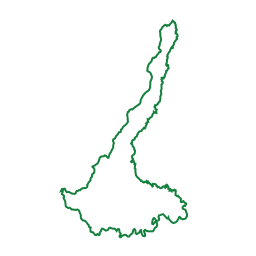 Piamonte, Cauca, Colombia, rotated 3°
{"feature_id": "7082276B2298083414171", "entity_name": "Piamonte", "entity_type": "district", "adm_level": 2, "iso_a3": "COL", "parent_name": "Colombia", "parent_adm1": "Cauca", "projection": "equal_earth", "projection_center": [-76.259, 1.273], "detail": "fine", "context": "isolated", "style": "outline", "palette": "green", "viewbox_px": 256, "rotation_deg": 3, "n_neighbors": 0, "source": "geoboundaries", "source_scale": "gbopen_adm2", "svg_char_len": 5967}
<svg xmlns="http://www.w3.org/2000/svg" viewBox="0 0 256 256"><g transform="rotate(3 128 128)"><path d="M159.6,23.0L157.0,25.5L156.0,27.8L154.9,29.1L154.9,30.4L155.4,31.7L155.3,32.8L155.8,35.7L156.4,37.2L156.4,38.5L155.4,42.0L155.2,44.5L154.5,45.6L154.5,46.3L155.0,47.5L156.7,48.8L156.7,49.6L156.3,50.5L155.1,50.7L154.5,52.0L153.2,53.5L152.1,55.6L151.1,55.9L150.5,56.7L149.4,56.5L148.7,57.1L147.9,60.3L145.4,63.2L144.5,66.1L144.2,69.6L144.5,70.2L146.7,71.1L147.7,72.1L149.3,75.6L148.9,78.1L147.9,80.5L148.0,85.8L147.6,87.4L147.1,88.9L143.5,92.0L141.4,94.7L139.4,98.9L138.9,102.3L138.2,103.5L134.2,106.6L131.3,109.3L130.5,109.0L128.6,109.9L128.4,110.1L128.0,111.7L126.9,112.1L126.7,114.1L126.4,114.9L127.0,117.1L127.6,122.1L125.6,124.9L123.8,126.3L122.9,127.4L122.2,129.2L121.1,130.0L120.9,132.4L119.2,132.7L118.1,134.9L116.4,136.9L115.7,139.0L114.0,140.0L113.6,141.5L114.7,143.9L114.2,145.6L114.2,148.5L112.9,151.0L112.5,152.5L111.1,154.5L110.1,158.7L109.4,158.8L107.7,157.1L106.4,156.5L105.5,157.4L102.7,157.9L101.6,158.9L101.2,159.5L100.9,161.4L99.7,164.7L96.7,167.2L94.5,168.3L94.6,168.8L96.1,170.0L96.6,170.8L96.7,173.6L95.8,175.4L95.2,175.5L94.6,176.3L94.6,178.4L93.3,180.2L93.2,182.4L91.4,184.5L90.9,186.0L90.2,187.0L90.5,188.5L89.8,189.6L88.5,190.3L86.3,190.4L84.9,191.0L83.3,192.7L82.3,192.6L81.1,193.5L80.1,193.6L79.8,194.0L79.0,196.1L78.4,196.6L75.4,196.4L72.4,195.0L70.1,195.2L68.8,193.6L68.3,192.2L67.7,191.9L65.2,192.5L64.5,194.3L66.2,193.4L66.1,195.2L65.4,197.4L67.5,198.8L67.8,200.2L67.4,200.9L67.4,201.5L69.1,204.3L69.9,209.1L70.3,209.8L72.4,211.0L74.1,210.7L76.2,212.4L77.2,212.2L80.0,212.6L81.6,212.0L83.6,213.1L83.8,213.5L83.9,214.5L85.4,217.2L85.6,220.2L86.1,221.1L87.7,222.6L89.6,222.9L90.6,223.4L93.1,226.5L93.7,226.8L94.4,228.9L96.0,229.4L95.7,230.5L96.0,233.4L97.0,233.9L98.4,233.9L100.9,236.6L101.9,236.6L102.4,235.9L103.0,235.6L103.6,235.7L104.4,236.5L105.2,236.0L105.3,233.9L106.4,232.4L106.7,230.8L107.2,229.9L108.3,229.9L110.8,231.5L111.9,231.5L113.1,230.9L114.5,228.7L115.3,228.5L117.7,229.3L119.5,229.3L120.6,229.7L122.0,231.4L122.6,230.2L123.4,229.4L124.4,229.6L125.0,232.4L126.2,233.9L126.2,234.8L125.4,235.8L125.2,236.6L125.5,237.2L126.1,237.5L126.7,237.3L127.6,236.1L130.3,234.8L131.9,235.1L133.6,236.5L134.8,236.3L135.8,234.7L137.9,232.9L138.7,229.4L139.7,228.5L140.3,229.1L140.8,230.0L141.2,232.8L142.1,233.5L144.5,232.1L145.7,229.6L146.4,229.3L146.9,231.9L147.7,233.7L148.9,235.1L150.1,235.2L150.7,234.7L150.7,233.9L150.3,232.3L149.5,230.9L149.4,229.9L149.9,229.1L150.5,228.8L151.7,229.8L154.2,230.1L158.0,229.9L158.7,229.4L160.1,226.3L161.7,225.2L162.2,223.6L162.2,222.6L161.9,221.6L161.2,220.7L159.8,220.6L158.2,222.8L157.3,222.5L157.0,221.0L157.7,217.7L158.4,216.7L158.9,216.6L159.5,217.0L161.1,219.5L161.7,219.5L163.6,218.3L163.9,217.6L163.9,217.0L163.1,215.2L163.5,213.8L166.8,212.4L167.8,212.4L171.9,216.4L172.4,216.4L173.0,215.2L173.4,216.6L176.5,219.7L178.5,220.6L180.9,219.4L182.0,218.3L184.0,214.1L184.8,214.4L185.7,215.8L187.6,216.3L190.1,215.5L191.5,213.0L191.5,210.9L190.7,209.6L189.9,207.1L189.2,206.5L187.3,205.9L186.8,205.4L186.7,204.2L187.0,203.5L188.0,202.7L189.0,202.9L189.3,201.9L190.1,201.2L190.0,200.3L188.4,199.6L187.2,198.1L185.5,199.3L184.7,199.1L184.5,198.0L184.6,196.1L184.3,195.5L183.1,194.8L181.5,193.1L180.8,193.6L178.9,192.4L179.0,187.9L177.6,187.2L177.1,188.0L176.6,187.6L175.2,188.1L175.0,189.0L174.0,188.3L174.0,187.2L173.6,186.9L173.2,188.1L172.7,188.3L172.8,186.7L171.4,186.6L171.6,184.9L171.3,184.6L170.5,184.6L170.5,183.2L169.7,182.5L168.8,183.2L168.9,185.2L168.3,185.8L168.0,185.6L167.6,184.3L166.7,184.3L165.8,184.7L164.9,186.1L163.5,186.4L161.7,185.1L160.6,185.6L160.1,184.5L159.4,184.3L159.2,183.5L158.3,182.6L155.8,182.4L155.5,183.2L155.9,184.8L155.4,185.2L154.5,183.5L153.8,183.4L153.5,182.8L152.6,182.5L152.0,181.6L151.0,182.0L150.9,180.7L150.6,180.2L150.1,180.4L149.4,180.0L149.2,180.6L149.4,181.4L147.9,180.7L146.7,181.6L145.7,181.3L145.3,180.5L143.8,180.3L143.5,180.0L143.4,179.2L142.4,178.8L140.6,177.0L140.1,176.9L138.5,174.9L137.6,171.1L137.7,168.7L136.8,167.9L137.0,165.2L136.6,164.3L137.3,163.8L137.3,163.4L136.4,163.5L136.5,162.8L135.7,162.0L135.4,160.7L134.8,160.7L133.5,161.9L132.8,161.5L134.8,158.7L133.9,157.9L133.5,156.6L133.6,155.6L135.9,153.4L136.2,151.3L136.1,149.9L135.3,149.3L135.3,147.8L133.8,146.1L133.1,144.2L131.9,143.4L132.0,143.1L132.6,143.2L132.9,141.9L132.7,140.8L133.7,139.6L134.9,139.3L135.4,138.3L135.2,137.6L136.6,136.2L137.3,135.9L137.7,133.7L138.2,133.4L138.5,132.3L139.5,130.9L141.6,130.2L141.8,129.5L143.9,127.0L144.8,127.6L145.4,127.0L145.5,125.0L146.3,124.0L146.6,123.0L145.8,122.4L146.8,121.5L147.9,121.0L147.2,120.0L147.6,118.9L147.3,118.2L148.1,118.4L148.9,117.7L149.3,116.7L150.9,115.8L151.5,114.8L151.8,113.0L152.9,111.8L152.9,110.6L153.5,111.1L155.6,111.5L155.5,110.6L154.8,110.4L155.3,110.0L155.3,109.1L155.7,108.1L154.3,107.6L154.2,106.4L153.3,105.5L153.9,103.9L154.5,104.2L155.5,103.1L156.2,103.1L156.5,102.0L157.2,101.3L157.4,100.4L158.4,99.8L158.8,96.9L158.6,94.9L159.5,92.1L158.8,89.2L159.5,87.4L159.1,82.8L160.2,81.8L160.4,80.4L159.3,79.6L159.4,78.5L158.8,77.7L159.2,76.8L159.0,76.1L159.4,76.0L159.6,77.0L160.6,76.0L161.1,76.5L162.0,74.9L161.9,73.8L163.3,69.9L163.0,69.2L164.1,68.5L164.5,67.3L165.5,66.1L165.0,65.3L164.8,63.1L164.4,62.9L163.9,63.4L163.6,63.1L163.3,63.6L162.8,63.2L163.4,59.6L163.3,57.6L164.0,56.0L163.8,55.1L163.4,54.7L163.8,54.2L163.5,53.8L163.5,53.2L165.0,50.1L165.5,49.7L166.7,46.2L167.0,45.7L167.5,46.1L168.6,45.7L168.6,45.0L168.0,44.3L169.4,42.2L169.5,40.4L171.5,37.4L172.3,36.6L172.4,35.9L171.7,35.3L171.9,34.6L172.7,33.7L172.4,32.1L171.8,31.8L171.6,31.2L170.7,31.1L170.5,30.4L170.9,30.0L170.6,28.9L170.8,28.0L171.0,27.7L171.5,27.9L171.6,27.5L170.8,26.0L170.4,25.7L170.6,24.5L170.2,23.5L170.3,22.9L170.0,22.7L170.0,21.8L169.2,20.8L169.3,20.3L168.8,20.2L168.2,19.4L166.9,18.5L166.0,20.5L165.0,21.5L163.6,23.5L162.5,23.1L161.5,24.1L160.3,23.0L159.6,23.0Z" fill="none" stroke="#15803d" stroke-width="2"/></g></svg>